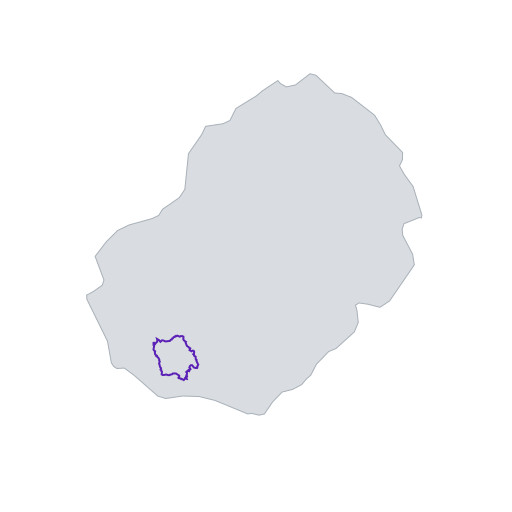 location of Vinitsa, Vinica, North Macedonia, rotated 150°
{"feature_id": "65306769B11231402107621", "entity_name": "Vinitsa", "entity_type": "district", "adm_level": 2, "iso_a3": "MKD", "parent_name": "North Macedonia", "parent_adm1": "Vinica", "projection": "mercator", "projection_center": [22.586, 41.86], "detail": "fine", "context": "in_parent", "style": "outline", "palette": "violet", "viewbox_px": 512, "rotation_deg": 150, "n_neighbors": 0, "source": "geoboundaries", "source_scale": "gbopen_adm2", "svg_char_len": 2580}
<svg xmlns="http://www.w3.org/2000/svg" viewBox="0 0 512 512"><g transform="rotate(150 256 256)"><path d="M233.0,135.9L240.8,136.9L257.7,132.1L268.2,125.4L273.6,124.4L280.7,121.8L291.0,122.2L301.4,125.1L314.6,121.3L327.7,115.0L332.9,116.6L338.5,121.9L342.2,123.4L363.8,151.5L375.6,162.8L389.5,171.4L405.4,177.7L411.1,183.8L421.2,213.5L426.1,224.8L432.8,228.2L434.4,231.4L434.7,235.7L427.2,256.5L424.1,303.1L422.2,306.8L414.3,306.6L403.7,307.6L399.7,311.2L395.5,336.1L378.5,343.2L363.1,347.3L350.2,346.3L327.4,340.4L319.9,339.8L313.6,343.2L293.2,344.9L284.3,349.3L263.3,378.4L242.1,388.4L234.8,393.5L218.6,387.1L210.8,386.4L199.6,393.8L175.0,394.5L168.3,395.8L149.4,397.0L148.6,393.0L145.1,387.2L136.2,384.4L118.1,386.8L113.7,382.5L106.3,357.8L100.5,353.8L93.9,345.5L82.9,318.6L82.6,306.8L83.4,296.5L77.3,272.3L81.0,266.2L86.7,262.3L86.8,252.5L85.2,237.7L91.9,208.4L93.7,206.3L95.4,207.7L111.7,210.0L115.9,206.3L118.6,200.6L119.5,179.1L123.3,169.2L162.7,150.3L174.3,149.6L183.2,158.3L190.2,163.8L194.4,163.7L195.9,158.1L200.7,147.3L208.8,141.1L232.8,135.9L233.0,135.9Z" fill="#d9dde1" stroke="#a8b0b8" stroke-width="1"/><path d="M391.5,216.9L391.5,214.8L392.1,214.0L392.1,212.7L393.6,211.5L394.6,207.5L394.3,206.3L395.5,205.3L395.1,204.3L395.5,203.8L395.3,202.8L396.9,200.6L396.3,199.6L394.6,198.7L393.0,198.3L391.9,196.9L390.4,196.0L389.9,196.2L387.8,195.5L386.6,195.8L384.1,194.3L382.3,190.8L382.9,189.8L383.9,189.6L384.1,189.0L382.3,187.3L382.3,186.7L381.7,186.6L380.6,184.7L378.7,185.4L377.4,184.2L377.2,185.1L377.7,185.9L376.0,186.1L375.8,186.7L376.3,187.1L374.9,188.2L374.2,189.3L374.4,190.4L371.8,190.9L371.9,190.1L371.5,189.7L371.0,190.3L369.3,190.8L369.5,192.7L368.2,193.7L367.0,194.0L365.9,193.3L365.5,190.4L363.9,188.9L362.9,188.5L362.3,189.1L362.3,189.6L360.4,190.7L360.0,195.2L359.4,195.6L359.7,197.0L358.6,199.1L359.5,200.6L358.8,201.9L359.3,202.4L357.9,203.2L357.3,204.4L357.4,205.0L358.3,205.8L359.5,205.7L360.6,207.7L359.9,208.1L359.8,209.0L359.2,209.1L360.8,212.7L360.3,216.2L359.6,216.6L360.6,219.0L360.6,220.3L359.8,221.3L359.2,222.5L360.0,223.6L361.4,224.3L362.3,224.2L364.0,226.4L364.8,226.3L365.3,226.8L365.9,226.5L366.5,226.9L366.9,226.6L367.9,226.9L369.0,226.3L369.8,226.5L370.7,225.8L371.7,226.1L373.0,225.5L377.2,227.3L378.4,229.1L379.7,230.0L381.7,229.5L382.1,231.7L383.2,233.7L383.6,232.2L384.8,231.0L385.5,231.0L387.5,230.2L387.7,231.9L388.2,232.0L389.3,230.0L389.3,228.9L391.5,226.3L391.6,225.4L391.0,223.9L391.8,223.1L392.5,221.2L392.2,220.6L392.4,219.2L391.7,219.0L391.9,217.7L391.5,216.9Z" fill="none" stroke="#5b21b6" stroke-width="2"/></g></svg>